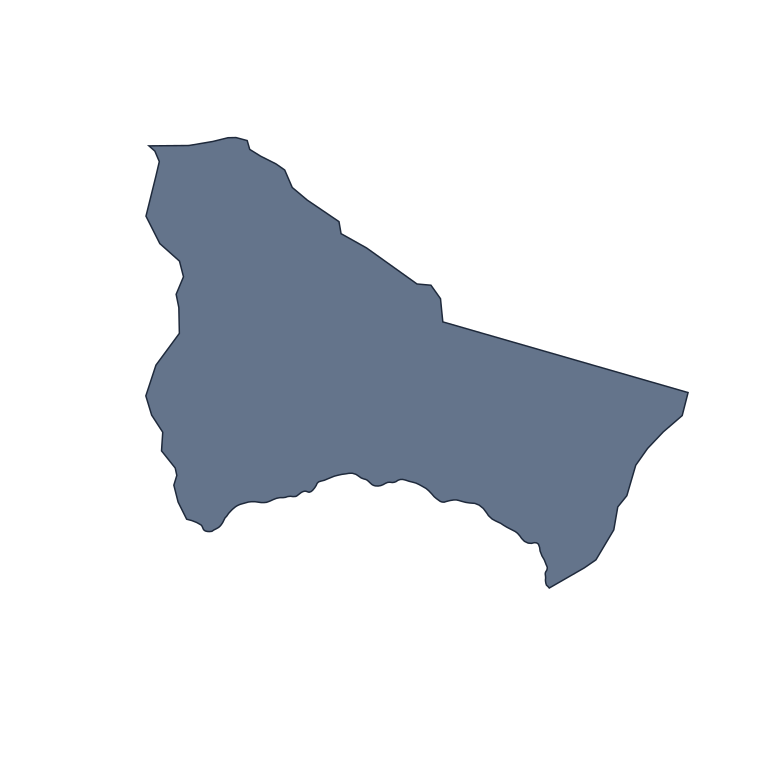 Djoukou, Kémo, Central African Republic (Albers equal-area conic projection), rotated 17°
{"feature_id": "33826404B12088014945622", "entity_name": "Djoukou", "entity_type": "district", "adm_level": 2, "iso_a3": "CAF", "parent_name": "Central African Republic", "parent_adm1": "Kémo", "projection": "albers", "projection_center": [19.458, 5.319], "detail": "fine", "context": "isolated", "style": "filled", "palette": "slate", "viewbox_px": 768, "rotation_deg": 17, "n_neighbors": 0, "source": "geoboundaries", "source_scale": "gbopen_adm2", "svg_char_len": 2688}
<svg xmlns="http://www.w3.org/2000/svg" viewBox="0 0 768 768"><g transform="rotate(17 384 384)"><path d="M678.4,327.0L677.3,303.3L422.1,307.4L417.8,297.2L413.1,285.9L400.0,275.8L386.3,278.7L327.6,259.0L299.0,252.8L293.5,241.9L256.9,230.6L238.8,222.9L226.5,208.4L216.4,205.1L199.4,202.2L187.0,198.9L182.0,191.2L170.4,191.6L162.8,194.1L149.4,202.1L127.6,213.0L89.6,225.0L96.8,228.3L104.1,237.0L105.1,252.0L107.3,293.1L128.6,315.3L152.5,326.3L160.9,340.1L159.0,359.0L165.5,371.0L173.5,395.4L160.4,432.6L159.7,465.0L170.9,481.7L186.5,494.8L190.8,513.0L208.9,525.4L212.6,532.0L212.6,542.2L221.6,557.1L234.8,571.0L240.1,570.8L245.3,571.2L250.3,572.3L251.6,573.2L253.0,574.9L254.1,576.1L256.0,576.8L258.1,576.7L260.2,576.2L262.5,575.2L263.9,573.4L265.9,571.5L267.8,569.5L268.7,568.0L269.5,566.2L270.3,563.5L270.8,560.4L271.1,558.6L272.2,556.4L273.2,553.2L274.8,549.9L275.8,548.0L277.9,544.8L279.4,543.1L281.3,541.4L283.1,540.2L288.9,536.5L291.7,535.3L294.9,534.3L297.4,533.9L301.3,533.3L303.9,532.5L306.3,531.5L309.1,529.4L312.0,526.8L314.7,524.7L317.7,523.1L320.7,522.2L322.9,521.2L324.8,519.8L327.4,518.7L329.9,518.3L332.3,517.4L333.2,516.7L334.7,514.6L336.3,512.3L337.7,510.8L339.2,509.8L340.5,509.4L341.9,509.4L343.2,509.5L344.2,509.3L345.6,508.3L346.6,506.9L346.9,506.4L348.1,503.5L348.8,500.9L349.1,498.5L350.1,496.7L352.1,495.3L355.1,493.5L359.3,490.0L363.4,486.7L366.5,484.8L370.2,482.7L373.7,481.1L376.7,479.6L379.9,478.6L383.6,478.6L386.3,479.4L389.6,480.5L392.4,480.7L394.4,480.6L396.0,480.9L397.6,481.6L399.8,482.7L401.7,483.6L403.4,484.0L405.4,484.0L408.2,483.3L410.6,482.1L412.6,480.5L414.4,478.6L416.3,477.0L418.4,476.2L420.8,475.8L422.5,475.0L424.0,473.9L425.5,472.0L427.4,470.6L429.7,469.8L432.5,469.6L436.4,469.7L440.1,469.5L443.5,469.4L447.0,469.9L449.9,470.5L454.8,471.6L458.0,473.0L461.9,475.2L464.9,477.1L467.7,478.3L472.1,479.8L474.0,479.9L476.1,479.4L478.0,478.1L481.3,476.1L484.6,474.5L487.1,473.7L489.6,473.5L492.4,473.5L496.9,473.3L500.8,472.7L505.8,471.6L510.4,472.0L515.4,474.0L520.3,477.6L522.3,479.3L526.8,481.5L530.6,482.3L533.3,482.7L536.3,483.1L539.6,484.1L543.2,485.0L548.1,485.9L552.6,486.7L555.3,487.7L558.4,489.6L560.8,491.5L564.3,493.4L568.3,494.0L571.6,493.3L574.1,491.8L576.4,491.3L578.5,492.0L580.6,494.8L582.1,498.1L585.4,502.3L588.6,505.2L591.0,508.2L591.8,509.3L592.4,509.9L593.7,511.5L593.9,512.3L594.1,513.3L594.1,514.4L593.9,515.3L593.6,516.2L593.5,517.4L593.7,518.5L594.2,519.6L594.7,520.7L595.3,522.3L595.6,523.9L596.0,525.1L596.9,527.0L598.1,528.8L600.3,529.9L601.7,530.8L629.2,501.4L638.1,490.2L646.4,456.3L643.5,433.2L648.9,419.8L648.5,388.1L654.9,368.6L665.1,348.1L678.4,327.0Z" fill="#64748b" stroke="#1e293b" stroke-width="1.5"/></g></svg>